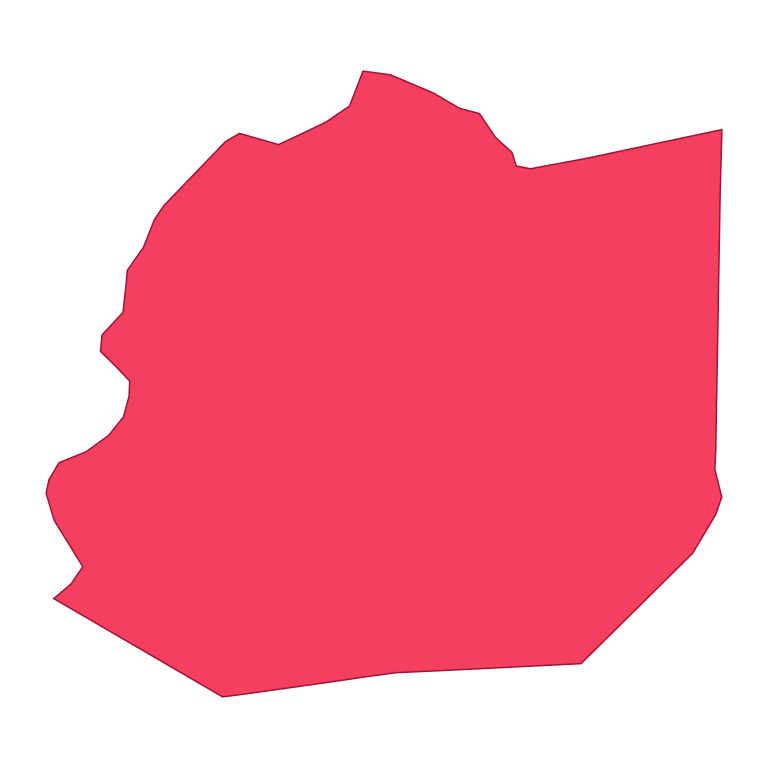 Minador do Negrão, Alagoas, Brazil (Albers equal-area conic projection)
{"feature_id": "56859067B35076407558238", "entity_name": "Minador do Negrão", "entity_type": "district", "adm_level": 2, "iso_a3": "BRA", "parent_name": "Brazil", "parent_adm1": "Alagoas", "projection": "albers", "projection_center": [-36.881, -9.333], "detail": "fine", "context": "isolated", "style": "filled", "palette": "rose", "viewbox_px": 768, "rotation_deg": 0, "n_neighbors": 0, "source": "geoboundaries", "source_scale": "gbopen_adm2", "svg_char_len": 757}
<svg xmlns="http://www.w3.org/2000/svg" viewBox="0 0 768 768"><path d="M349.6,105.9L326.3,121.9L302.4,133.4L278.5,144.6L239.5,133.4L225.5,141.6L164.0,205.4L154.4,219.6L143.3,247.6L127.3,270.4L125.9,286.3L123.0,312.3L102.0,335.0L100.5,351.5L115.4,366.0L129.7,381.1L129.1,396.1L123.5,416.8L108.7,435.4L86.3,451.6L58.9,462.8L49.0,479.7L46.1,493.2L54.2,520.4L82.8,566.7L70.9,584.2L53.7,598.6L222.6,696.9L241.2,694.5L258.1,692.2L347.8,679.5L361.5,677.4L395.9,672.7L447.4,670.3L581.1,663.6L692.7,553.2L715.7,514.5L721.8,497.1L714.8,469.1L715.7,451.4L720.2,192.5L721.9,129.6L585.6,158.5L530.2,168.8L516.2,165.9L511.9,152.3L495.3,137.2L479.5,113.6L459.4,108.3L433.8,93.2L390.7,74.9L363.0,71.1L349.6,105.9Z" fill="#f43f5e" stroke="#9f1239" stroke-width="1.5"/></svg>